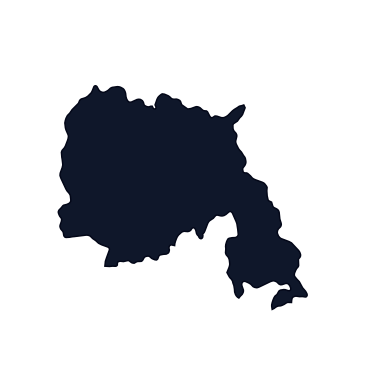 the district of Cotuí, Sánchez Ramírez, Dominican Republic, rotated 200°
{"feature_id": "3306468B72281596552802", "entity_name": "Cotuí", "entity_type": "district", "adm_level": 2, "iso_a3": "DOM", "parent_name": "Dominican Republic", "parent_adm1": "Sánchez Ramírez", "projection": "orthographic", "projection_center": [-70.199, 18.97], "detail": "fine", "context": "isolated", "style": "filled", "palette": "ink", "viewbox_px": 384, "rotation_deg": 200, "n_neighbors": 0, "source": "geoboundaries", "source_scale": "gbopen_adm2", "svg_char_len": 6066}
<svg xmlns="http://www.w3.org/2000/svg" viewBox="0 0 384 384"><g transform="rotate(200 192 192)"><path d="M60.7,122.2L61.2,123.9L61.6,126.2L61.3,127.5L60.4,128.6L59.3,129.4L58.4,129.8L55.3,130.4L52.2,131.6L49.6,132.1L48.8,132.6L48.6,133.1L48.4,134.0L48.7,134.9L49.2,135.7L51.2,137.5L55.3,139.8L60.5,144.4L63.7,146.0L66.5,147.7L67.4,148.7L67.9,150.6L67.8,153.7L67.5,155.8L66.7,157.9L66.6,158.7L66.7,159.5L68.9,164.9L68.9,165.7L68.2,167.6L68.1,168.6L68.3,169.6L68.7,170.5L70.1,172.2L71.8,173.5L81.1,178.2L83.8,178.6L92.3,178.7L93.9,179.1L95.8,180.3L97.6,182.3L98.1,183.3L98.3,184.3L98.4,185.4L98.2,186.9L97.0,189.4L96.8,190.3L96.9,191.8L97.6,193.2L100.2,196.6L103.2,202.8L104.1,203.9L105.3,204.7L106.8,205.1L109.7,205.4L111.0,206.0L113.8,209.7L116.3,209.9L117.2,210.2L117.9,210.7L120.1,214.2L122.1,218.7L123.0,222.0L123.9,222.9L126.2,224.4L127.6,225.0L129.3,225.2L136.7,225.2L138.9,225.4L140.4,225.9L142.5,227.1L146.0,228.5L147.2,228.6L148.9,228.0L149.8,228.0L150.6,228.2L150.9,228.5L152.2,230.7L152.4,231.9L151.4,235.3L151.3,236.8L151.4,237.9L151.9,239.3L153.3,241.7L154.2,242.7L156.2,244.0L159.2,246.4L161.9,247.8L163.2,248.7L166.8,252.1L167.7,253.3L168.4,254.8L168.9,259.4L169.4,260.8L170.7,262.2L173.3,263.6L174.3,264.5L175.2,265.7L176.4,268.7L176.5,269.5L176.3,270.4L173.6,274.1L172.5,278.1L171.5,280.2L171.0,282.2L170.9,289.3L173.1,291.5L175.0,290.0L176.5,289.1L177.2,288.4L178.2,286.9L180.5,284.0L181.7,282.1L184.4,276.3L185.6,274.6L186.8,273.4L187.7,272.7L189.1,272.1L190.2,271.9L194.4,271.8L195.8,271.5L196.6,271.1L197.7,269.5L198.3,268.9L199.0,268.5L199.5,268.5L200.3,268.7L201.1,269.2L204.8,272.6L206.0,273.1L208.4,272.5L209.8,272.5L213.2,273.9L214.8,274.1L215.8,274.0L216.8,273.8L217.8,273.2L221.5,270.1L224.4,268.5L231.3,270.4L232.0,271.0L233.8,273.2L234.8,273.8L235.8,274.0L236.8,274.1L238.3,274.0L240.7,273.0L242.2,272.7L243.2,272.8L245.7,273.9L247.4,274.3L251.3,274.5L253.3,274.1L254.1,273.5L255.4,271.4L256.1,269.9L256.4,268.8L256.6,267.1L256.5,261.2L255.2,259.9L254.6,258.8L254.7,257.9L255.4,257.2L255.8,257.1L256.7,257.3L257.4,257.7L258.7,259.0L259.9,258.6L261.4,257.4L262.2,257.0L263.7,256.8L265.1,256.9L266.1,257.1L266.9,257.6L268.4,259.7L269.8,260.8L271.3,261.2L272.4,261.3L273.9,260.9L275.3,260.1L279.8,255.7L281.2,255.1L282.3,255.1L283.7,255.7L285.3,257.1L286.6,258.9L288.2,262.1L289.2,263.4L290.4,264.6L291.3,265.2L292.3,265.6L294.9,266.0L296.5,265.9L298.1,265.5L302.8,263.0L304.1,261.7L305.5,259.0L306.8,257.3L308.4,255.8L309.8,255.1L311.9,255.0L313.5,255.4L314.8,256.3L317.4,258.6L318.3,258.9L319.2,258.8L319.9,258.2L320.2,257.4L320.3,253.4L320.5,251.3L320.8,250.3L322.7,246.3L324.0,244.6L325.2,243.5L327.9,241.5L328.6,240.4L328.9,239.4L329.0,236.8L329.3,235.9L332.8,228.4L333.8,224.4L335.2,221.3L335.6,218.2L335.5,216.0L335.1,213.4L332.9,209.0L331.6,207.2L328.0,203.4L327.4,202.5L327.0,201.5L326.7,199.8L326.6,198.1L326.7,191.8L327.1,189.7L328.3,186.6L328.3,184.7L326.3,180.3L324.9,177.8L322.9,173.8L322.6,172.8L322.3,170.6L322.3,164.9L322.1,163.8L321.6,162.2L319.8,160.0L311.5,151.7L309.8,150.3L307.1,148.8L305.6,147.6L305.0,146.8L303.3,143.4L302.8,142.0L302.9,141.0L303.2,140.0L303.8,139.1L305.3,137.6L308.1,135.7L308.6,135.0L309.7,131.9L310.7,129.8L310.9,128.9L310.9,127.8L310.5,126.8L309.2,125.2L308.1,124.1L305.7,122.5L305.2,121.8L304.7,119.9L304.6,115.7L304.4,114.7L303.9,113.8L302.7,112.4L299.8,110.7L298.9,109.6L297.8,107.6L297.3,106.9L296.2,106.2L295.4,106.1L294.6,106.3L291.6,107.6L289.2,109.0L287.3,109.9L276.5,115.4L275.0,115.8L273.5,115.9L272.4,115.7L269.4,114.3L265.9,113.4L262.3,111.9L259.0,111.5L252.3,111.5L251.4,111.3L250.5,110.8L250.0,110.0L249.8,109.0L249.8,101.2L249.7,97.3L248.5,92.5L244.1,93.8L241.2,95.2L238.6,96.0L237.9,96.4L237.4,97.1L237.2,97.8L237.8,99.8L237.8,100.6L237.4,101.3L236.7,101.9L235.5,102.5L232.6,103.2L229.2,105.4L228.3,105.8L227.4,105.8L225.5,105.2L224.1,104.9L222.8,105.1L221.9,105.4L220.3,107.4L219.2,108.2L216.3,109.3L215.6,109.8L215.0,111.1L214.6,113.6L214.3,114.6L213.4,115.6L212.0,116.5L210.8,116.9L209.9,116.9L207.4,115.9L206.3,115.7L203.6,115.6L202.1,116.0L201.6,116.7L201.3,117.4L201.3,120.3L200.8,121.5L200.2,122.1L197.9,123.5L194.9,124.9L193.6,126.3L193.2,127.2L193.2,128.2L193.3,129.2L193.6,130.1L194.4,131.2L194.7,132.2L194.8,133.2L194.5,134.2L193.8,135.0L193.0,135.3L190.0,135.7L190.5,137.6L190.7,139.9L190.7,142.8L190.5,145.1L189.9,147.1L188.3,150.1L187.5,151.3L186.0,152.4L182.6,153.3L181.4,154.0L180.2,155.4L179.7,157.5L179.1,158.6L178.3,159.0L176.9,158.8L175.4,157.4L173.5,154.5L172.5,153.6L170.9,152.8L169.8,151.7L168.9,151.2L168.0,151.1L167.2,151.4L166.6,152.3L166.5,153.3L166.9,154.9L167.6,156.1L166.8,157.9L166.6,159.5L166.5,166.9L166.4,168.6L166.0,170.2L165.5,171.2L163.0,174.6L162.0,177.3L161.4,178.4L160.2,179.0L156.8,179.4L155.3,179.9L153.9,180.8L152.5,182.4L150.4,186.1L149.3,186.9L148.9,186.9L147.5,186.5L146.7,185.9L140.4,179.3L139.0,177.6L136.1,172.3L134.0,167.9L133.9,166.9L134.1,165.9L134.6,165.1L135.2,164.4L136.0,163.9L138.6,162.8L141.0,161.4L141.7,160.8L142.2,160.0L142.5,157.5L142.3,154.3L141.8,152.3L140.8,150.2L139.7,146.3L138.5,144.8L135.6,143.1L134.6,142.1L133.7,140.9L132.2,137.9L131.8,137.0L131.5,135.4L131.4,133.8L131.6,128.3L128.0,125.1L126.8,124.3L125.0,123.4L123.6,122.3L122.1,120.1L120.7,118.5L118.9,115.3L117.7,112.6L116.1,110.6L114.9,109.6L113.2,108.7L111.7,108.4L111.1,110.3L109.9,112.9L109.7,113.9L109.6,115.5L109.8,116.5L110.2,117.5L112.9,120.8L113.7,122.2L113.9,123.6L113.7,124.6L113.2,125.4L112.0,126.1L111.0,126.2L107.9,126.0L105.3,125.5L102.3,124.0L100.7,123.8L98.7,124.1L97.7,124.6L96.4,125.7L87.9,134.4L86.6,135.5L85.2,136.4L84.2,136.6L82.6,136.6L81.6,136.5L78.7,135.2L77.2,135.1L75.8,135.7L72.6,138.2L71.6,138.5L70.6,138.6L69.5,138.3L67.8,137.1L66.4,135.5L66.0,134.6L65.9,133.7L66.1,133.2L66.8,132.5L68.0,132.2L71.0,132.1L72.4,131.7L75.3,130.1L76.2,129.1L76.5,128.3L77.1,124.6L78.2,123.0L78.5,122.1L78.8,120.6L78.9,118.4L78.8,115.5L78.5,113.2L78.0,111.8L76.5,109.1L75.0,110.7L74.0,112.3L73.1,113.4L72.0,114.3L69.7,115.4L68.5,116.4L67.0,117.9L65.0,120.6L63.8,121.2L60.7,122.2Z" fill="#0f172a" stroke="#020617" stroke-width="1.5"/></g></svg>